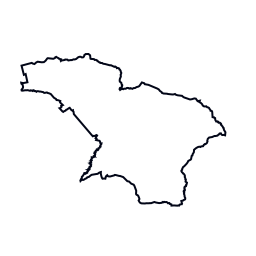 Ejura-sekyedumase, Ashanti, Ghana, rotated 75°
{"feature_id": "2480657B28564915274944", "entity_name": "Ejura-sekyedumase", "entity_type": "district", "adm_level": 2, "iso_a3": "GHA", "parent_name": "Ghana", "parent_adm1": "Ashanti", "projection": "robinson", "projection_center": [-1.397, 7.385], "detail": "fine", "context": "isolated", "style": "outline", "palette": "ink", "viewbox_px": 256, "rotation_deg": 75, "n_neighbors": 0, "source": "geoboundaries", "source_scale": "gbopen_adm2", "svg_char_len": 5843}
<svg xmlns="http://www.w3.org/2000/svg" viewBox="0 0 256 256"><g transform="rotate(75 128 128)"><path d="M120.2,51.6L120.1,53.8L117.2,54.9L116.6,56.3L116.7,58.9L116.5,60.7L113.0,65.9L111.9,66.9L110.9,67.5L109.3,71.5L108.4,73.0L107.3,73.8L107.4,75.0L107.1,76.5L105.5,80.6L105.0,81.4L103.9,84.7L102.9,86.1L102.1,86.2L100.4,87.6L98.7,88.3L97.5,89.5L91.6,97.1L90.0,100.5L89.0,100.7L87.6,102.8L90.4,106.2L90.7,107.3L90.7,109.2L91.2,110.9L90.9,112.3L91.3,113.6L90.2,115.2L90.5,115.8L90.4,116.2L89.9,117.0L89.6,117.0L89.1,118.3L89.1,119.0L89.5,120.0L89.0,121.6L89.3,122.5L88.8,123.3L88.8,124.9L89.2,125.8L88.3,126.1L87.3,125.5L87.1,125.0L87.3,124.1L87.0,123.4L85.5,122.6L85.2,122.8L84.9,122.5L83.8,122.9L82.5,122.8L81.1,123.9L79.7,123.7L78.4,123.1L76.5,121.6L74.6,121.3L73.7,120.5L72.7,120.2L72.0,120.5L71.2,120.3L69.8,120.6L69.4,121.1L68.9,121.2L68.3,121.1L67.4,122.2L67.3,123.3L66.7,123.3L65.5,124.2L65.5,124.9L65.2,125.0L65.1,125.7L62.9,128.3L62.9,128.9L62.5,129.7L60.2,133.7L59.8,134.7L59.1,135.8L58.5,136.2L58.0,137.9L57.4,138.1L57.1,138.8L55.9,139.6L55.6,140.2L54.9,140.2L53.9,141.3L53.6,142.6L52.6,143.1L51.7,145.9L51.3,146.3L48.0,145.8L46.3,147.0L45.6,149.8L46.1,150.7L46.1,151.1L47.6,152.1L48.1,153.0L47.9,154.3L47.0,155.2L46.7,156.1L46.7,157.6L47.9,160.2L48.0,161.7L47.6,162.9L47.9,164.7L47.6,165.4L47.3,168.2L46.3,168.8L45.6,171.0L45.9,171.5L45.6,175.0L45.9,175.5L45.4,175.6L44.3,174.9L43.3,176.7L43.0,176.9L42.7,176.9L41.6,178.2L40.7,178.9L40.9,180.0L41.4,180.3L41.6,180.9L41.8,182.3L39.8,187.4L40.0,188.1L41.7,190.2L42.6,192.2L42.2,194.3L40.6,198.1L40.9,199.6L42.0,201.8L41.1,203.3L40.2,204.1L40.2,214.7L49.7,214.8L49.4,212.9L57.8,213.3L57.5,217.6L56.6,219.4L57.6,219.5L59.0,218.6L61.0,218.7L61.9,219.0L63.6,221.0L64.3,221.0L64.7,220.0L64.9,217.7L65.6,214.9L66.7,213.0L66.4,212.4L66.8,211.5L67.5,210.7L67.0,210.0L67.1,209.3L68.1,209.0L68.3,207.9L69.3,207.1L68.9,206.3L69.4,204.8L69.9,204.1L70.1,203.2L71.5,200.5L72.2,200.1L72.5,199.5L72.7,197.1L73.4,196.5L73.9,195.5L75.2,193.8L79.6,191.7L81.4,190.0L82.5,189.8L82.9,188.6L84.4,186.4L85.4,187.0L86.1,186.8L89.0,185.0L89.3,186.8L90.4,186.8L91.2,188.4L91.2,189.0L94.9,187.1L95.7,186.4L95.2,185.2L95.1,183.9L94.4,183.0L94.4,182.3L93.6,180.2L93.4,179.1L95.9,178.1L96.7,177.4L96.6,176.6L97.5,176.8L98.0,176.4L100.6,176.7L125.6,164.8L126.9,164.1L126.7,163.3L127.1,162.1L126.6,160.4L127.2,159.8L129.5,162.0L130.6,161.1L131.4,161.9L133.0,158.8L134.0,158.5L135.2,158.7L135.9,158.1L136.0,157.6L136.9,158.1L137.2,158.8L138.0,159.4L138.2,159.2L138.9,159.3L139.1,160.1L139.6,160.3L140.0,161.9L140.9,162.0L141.1,162.2L140.9,162.7L141.2,163.0L141.0,163.3L141.4,163.3L141.2,164.1L141.7,164.3L141.7,165.1L142.4,165.8L142.5,165.5L142.9,165.5L143.0,166.5L143.4,166.4L143.4,166.7L143.7,167.0L144.4,166.4L144.8,166.4L145.6,167.1L146.1,167.1L146.2,167.8L146.5,167.7L146.3,168.0L147.0,168.4L146.8,168.8L147.2,169.0L147.1,169.4L147.5,170.0L147.2,170.4L147.5,170.4L147.6,170.9L148.3,171.0L148.9,171.8L149.5,171.5L149.6,171.8L149.9,171.7L150.0,172.1L150.1,171.9L150.6,172.3L151.9,172.5L151.8,173.4L152.2,173.4L152.2,173.9L152.5,173.6L152.7,173.8L152.9,173.4L153.4,173.5L154.1,173.1L155.0,173.8L155.2,174.3L155.4,174.2L155.4,174.5L155.8,174.7L155.9,175.4L156.7,175.3L156.9,176.2L157.5,176.4L157.4,176.7L158.0,176.7L158.0,177.0L158.3,176.5L158.7,177.3L158.6,177.6L159.2,178.2L159.4,177.9L159.6,178.1L159.6,178.6L160.4,178.9L160.2,179.2L160.3,179.8L160.8,180.2L160.7,180.5L161.0,180.3L161.1,180.7L160.9,180.8L161.1,181.1L160.8,181.4L161.1,181.7L161.0,182.4L162.5,183.9L163.2,185.2L164.7,185.7L164.9,186.3L166.4,187.6L166.9,187.6L166.4,186.8L166.2,185.8L166.6,184.4L165.9,182.2L165.8,181.0L165.1,180.2L165.1,178.4L164.2,176.5L163.8,175.2L164.4,169.1L163.7,167.5L163.5,165.9L163.5,165.6L165.0,166.1L167.5,166.2L169.3,166.1L170.4,165.7L170.6,164.2L171.1,163.0L169.4,162.1L169.2,161.6L168.9,161.6L168.2,160.3L169.3,159.9L169.9,158.9L170.2,157.7L170.2,153.6L169.9,153.0L170.2,152.1L172.1,148.8L172.2,148.2L174.2,145.3L179.2,142.4L180.0,140.8L182.6,139.3L184.2,137.2L185.5,136.8L190.7,136.3L193.8,137.3L194.7,137.0L195.5,136.0L196.5,135.6L199.2,135.3L199.8,135.5L200.8,136.5L203.0,135.9L204.2,134.7L205.3,131.2L205.4,129.8L206.2,127.0L206.2,126.2L206.6,125.3L206.3,121.7L207.2,120.3L208.6,117.4L209.0,114.8L208.8,114.0L208.5,113.8L208.9,113.3L208.7,112.8L208.9,112.6L208.8,111.9L209.2,111.4L209.4,110.1L210.1,109.3L211.0,108.9L211.1,107.6L211.9,107.1L212.2,107.2L213.0,105.9L214.2,106.1L214.7,103.6L215.8,100.4L215.8,99.5L216.2,98.8L215.4,97.9L215.4,95.9L215.8,95.0L215.1,95.6L214.6,95.4L212.3,95.4L212.3,93.4L212.0,92.9L211.7,91.3L210.5,90.8L209.0,91.1L207.5,90.8L206.1,91.0L205.4,90.5L204.9,90.7L204.3,90.2L203.4,90.6L203.0,90.2L203.0,89.5L202.7,89.1L202.0,89.0L201.3,89.3L200.6,88.8L200.0,88.9L199.4,88.4L199.2,87.1L198.6,87.0L198.3,86.5L197.8,86.5L197.3,85.8L196.0,85.2L194.7,86.3L192.9,85.5L192.3,85.9L191.7,85.6L189.9,85.9L189.4,85.5L188.4,85.4L186.7,86.0L186.2,86.6L185.7,86.6L184.7,87.3L183.6,87.6L182.9,87.4L182.4,86.5L181.6,86.3L180.0,84.9L179.5,83.6L177.8,80.8L176.7,79.4L175.4,78.3L174.8,75.7L174.3,75.1L171.4,73.7L171.2,72.9L170.1,72.4L168.5,70.7L166.1,69.8L165.0,67.3L164.5,65.4L164.5,64.0L165.1,62.9L164.7,62.1L165.0,60.2L163.8,59.0L163.8,58.4L163.4,57.9L163.6,57.3L163.0,55.8L161.6,54.7L161.0,54.8L159.1,53.7L158.2,52.1L158.5,49.1L158.1,46.5L158.4,45.6L158.5,43.5L157.9,42.5L157.8,41.9L157.1,41.1L157.0,40.5L157.3,39.6L158.1,39.6L159.2,38.8L159.4,37.5L160.2,36.1L157.3,35.0L154.6,35.8L152.8,35.6L152.5,36.0L151.1,36.2L148.8,37.4L148.5,37.0L147.8,37.1L146.8,37.8L146.4,39.0L145.6,39.1L145.6,39.6L144.8,39.8L144.6,41.1L142.7,41.6L141.0,41.3L140.6,42.0L140.0,42.1L139.4,43.5L134.3,42.5L133.4,42.6L132.7,43.8L132.0,43.7L130.4,44.4L129.7,44.5L129.0,45.1L128.4,46.2L127.3,46.8L127.2,47.9L126.7,49.1L125.6,50.0L124.3,50.2L122.7,51.1L121.4,52.4L120.2,51.6Z" fill="none" stroke="#020617" stroke-width="2"/></g></svg>